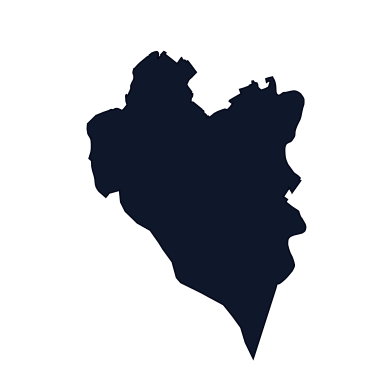 the district of Dan Phuong, Ha Noi, Vietnam, rotated 200°
{"feature_id": "81297802B64128830492510", "entity_name": "Dan Phuong", "entity_type": "district", "adm_level": 2, "iso_a3": "VNM", "parent_name": "Vietnam", "parent_adm1": "Ha Noi", "projection": "natural_earth1", "projection_center": [105.68, 21.121], "detail": "fine", "context": "isolated", "style": "filled", "palette": "ink", "viewbox_px": 384, "rotation_deg": 200, "n_neighbors": 0, "source": "geoboundaries", "source_scale": "gbopen_adm2", "svg_char_len": 4473}
<svg xmlns="http://www.w3.org/2000/svg" viewBox="0 0 384 384"><g transform="rotate(200 192 192)"><path d="M308.3,231.0L313.4,220.4L312.0,215.5L309.6,211.1L305.6,207.8L304.4,206.2L302.9,202.9L301.2,198.2L300.5,194.9L300.2,188.3L297.0,187.1L295.2,182.8L294.6,181.4L292.4,177.9L289.0,173.3L287.6,171.0L285.2,166.1L283.6,163.9L282.0,162.5L279.5,160.8L275.6,159.3L271.2,157.6L270.0,160.9L269.7,162.5L260.7,168.9L255.5,158.1L248.0,151.0L238.1,146.6L232.8,144.2L218.2,141.8L205.8,133.2L199.6,128.3L186.7,119.6L177.3,106.3L171.6,103.1L165.3,102.4L149.7,100.7L138.8,99.1L131.4,98.0L123.9,96.9L116.9,92.7L111.2,89.2L99.7,81.4L90.3,68.8L77.5,56.4L80.4,130.5L80.8,134.9L79.5,135.3L78.7,135.9L77.8,137.1L76.9,138.5L75.3,141.4L74.0,144.1L72.8,147.2L71.3,151.4L71.0,152.2L70.6,155.7L70.6,157.4L71.1,158.8L72.6,161.1L75.5,164.8L78.8,167.9L79.3,168.4L81.9,171.6L84.3,175.2L85.4,178.6L85.7,180.4L85.4,182.0L84.7,183.6L83.4,185.0L81.5,186.7L78.4,188.7L75.4,190.7L74.3,191.6L73.0,193.5L72.7,194.7L72.9,196.9L73.2,198.0L74.6,200.2L78.0,203.1L79.8,204.6L81.7,205.8L83.4,207.8L85.3,210.3L85.9,210.5L93.1,212.2L100.3,214.6L100.2,215.8L100.1,216.2L99.8,217.6L104.5,218.8L102.4,227.8L102.1,229.3L101.1,228.4L99.1,226.8L98.7,226.4L98.4,226.2L97.9,225.9L97.7,225.6L93.8,239.8L95.5,240.0L95.2,242.1L96.4,242.6L96.9,242.9L97.4,243.2L98.7,243.5L99.8,243.9L101.5,244.3L102.4,244.6L103.3,245.0L103.9,245.4L110.7,250.0L111.5,250.6L112.6,251.7L113.8,253.0L114.9,254.3L116.2,256.1L118.2,260.3L119.4,263.4L119.9,264.8L120.3,267.5L119.9,269.8L118.4,271.6L117.1,272.8L116.5,273.4L115.8,274.9L115.5,276.5L115.0,278.2L114.9,279.5L114.9,280.1L116.1,284.4L116.3,287.0L116.2,290.6L115.5,297.2L115.6,299.8L116.1,303.2L116.3,304.3L116.9,309.1L117.0,311.6L117.1,312.9L117.7,314.8L118.7,317.4L119.9,318.7L122.1,320.3L123.6,321.3L125.7,321.9L127.9,322.2L130.0,322.0L131.5,321.4L133.6,320.2L135.3,319.1L136.7,318.2L137.9,317.4L139.1,317.0L140.2,316.4L141.0,315.4L141.6,314.4L142.4,313.1L143.0,312.9L143.6,312.4L144.1,312.3L145.3,312.6L145.9,313.0L146.5,313.4L147.1,314.2L148.0,316.0L148.9,318.2L150.0,320.7L150.4,321.4L151.2,322.7L152.3,324.3L152.9,325.0L153.9,325.9L154.9,326.8L155.3,327.2L155.7,327.6L159.2,325.3L161.3,323.6L159.4,320.6L157.8,322.8L156.1,322.3L155.9,316.7L157.9,314.5L159.5,313.1L161.8,311.2L162.2,311.4L164.0,312.0L164.9,312.4L165.5,312.7L166.0,313.1L166.6,314.2L167.1,315.3L167.8,316.1L168.3,316.6L168.5,316.6L169.4,316.4L170.2,316.1L171.2,316.4L172.5,317.3L173.5,316.6L172.7,315.0L172.3,313.6L174.4,312.1L174.5,311.8L174.2,311.2L179.0,307.1L182.3,304.7L179.4,301.2L187.8,291.2L188.1,290.1L185.7,289.4L184.4,289.0L184.0,288.9L184.4,287.6L185.1,285.1L186.2,282.6L187.1,281.1L188.7,281.2L189.5,281.0L190.3,280.4L191.3,279.6L192.8,278.3L194.5,276.9L196.0,275.4L198.0,273.1L199.0,271.3L200.3,269.2L200.8,268.2L201.1,268.1L201.7,268.4L202.7,268.8L203.4,267.3L204.1,268.7L206.2,269.9L207.4,269.6L208.7,271.9L209.1,272.3L210.1,272.3L210.7,272.3L210.8,272.5L210.9,273.0L221.6,276.7L223.9,276.1L224.9,279.9L224.8,280.6L224.4,281.4L224.4,281.9L224.9,284.5L225.1,284.6L227.0,284.3L226.6,286.0L231.5,289.2L233.3,290.6L233.9,291.6L233.8,292.4L233.6,294.4L233.5,295.7L233.1,297.2L232.3,298.6L231.5,300.1L231.0,301.3L230.7,301.9L228.9,306.0L230.0,306.7L231.0,307.3L232.1,308.0L232.3,308.2L232.6,308.4L234.3,309.5L235.0,310.0L239.7,313.0L240.9,313.7L241.4,312.5L241.7,312.6L243.7,313.4L243.9,312.8L244.6,313.0L245.6,312.9L246.1,312.7L246.5,313.3L247.1,314.2L247.8,314.6L248.2,313.6L248.9,310.7L249.8,307.4L250.8,307.7L255.3,309.2L257.3,309.9L259.3,310.5L260.8,311.0L261.7,311.3L262.7,311.6L263.0,311.7L264.4,312.2L264.3,313.3L264.2,313.8L264.2,314.0L266.5,314.3L267.1,312.9L268.2,310.4L267.7,309.7L269.6,305.5L270.0,306.0L270.1,306.5L270.2,308.0L270.7,310.0L271.4,311.2L272.1,311.7L273.0,311.9L275.2,310.6L277.6,308.4L278.1,306.9L278.8,306.4L278.3,305.6L279.9,304.1L280.9,302.5L282.2,300.3L285.3,294.9L286.4,292.6L288.0,288.6L288.7,288.1L288.6,286.6L288.4,284.8L288.2,283.9L287.6,283.1L286.3,281.5L285.7,279.9L285.3,278.5L285.3,276.9L285.6,275.1L285.7,274.0L285.8,270.9L285.1,269.2L284.8,268.4L284.7,267.6L284.8,266.3L285.0,263.8L285.1,262.0L285.3,261.2L285.6,260.4L285.8,260.1L286.2,260.1L286.8,260.8L286.9,261.0L287.0,261.0L287.1,260.8L287.1,259.6L285.0,254.8L283.4,252.7L282.7,251.7L284.8,245.6L286.1,244.4L287.7,244.8L289.1,244.9L290.4,244.9L292.1,244.3L292.8,243.8L293.9,242.4L294.5,242.0L295.8,241.9L296.6,241.4L298.1,239.8L302.1,236.6L308.3,231.0Z" fill="#0f172a" stroke="#020617" stroke-width="1.5"/></g></svg>